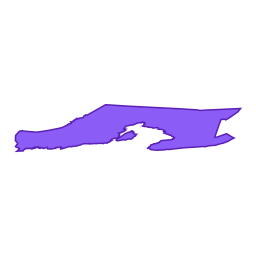 the district of Evenes nor, Nordland, Norway
{"feature_id": "86288312B82996278706743", "entity_name": "Evenes nor", "entity_type": "district", "adm_level": 2, "iso_a3": "NOR", "parent_name": "Norway", "parent_adm1": "Nordland", "projection": "natural_earth1", "projection_center": [16.89, 68.51], "detail": "fine", "context": "isolated", "style": "filled", "palette": "violet", "viewbox_px": 256, "rotation_deg": 0, "n_neighbors": 0, "source": "geoboundaries", "source_scale": "gbopen_adm2", "svg_char_len": 5729}
<svg xmlns="http://www.w3.org/2000/svg" viewBox="0 0 256 256"><path d="M16.8,151.3L17.4,151.3L18.1,151.0L19.8,151.1L20.3,150.9L21.0,151.1L22.1,150.7L22.3,150.8L22.0,150.9L22.1,151.0L23.4,150.8L23.4,150.6L24.0,150.4L23.7,150.4L23.5,150.0L24.3,149.5L24.4,149.2L24.7,149.0L25.8,148.5L25.7,148.5L25.7,148.4L26.6,148.3L26.8,148.4L26.7,148.6L27.7,148.3L28.0,148.4L28.0,148.5L28.5,148.5L28.4,148.3L28.6,148.2L29.3,148.2L30.3,148.3L31.1,148.7L31.5,148.7L31.3,148.9L31.5,149.0L33.7,148.5L33.4,148.4L33.5,148.0L34.1,148.1L34.3,148.0L34.1,148.1L33.7,147.9L34.2,147.8L33.9,147.8L34.1,147.5L34.6,147.2L36.4,147.1L36.2,147.5L36.9,147.6L37.3,147.3L37.3,147.0L37.8,146.8L39.0,147.3L38.7,147.8L38.9,148.2L39.2,148.1L39.6,148.2L39.7,148.3L40.3,148.3L40.6,147.8L40.8,147.5L42.1,147.8L42.2,148.1L43.7,148.5L43.8,148.3L43.6,148.2L45.1,148.0L45.4,147.7L46.8,147.6L47.1,147.4L47.1,148.2L47.7,148.9L49.5,148.8L50.2,149.2L51.1,148.8L52.0,148.7L52.6,148.8L53.1,148.8L55.0,148.1L55.9,148.5L56.3,148.3L55.8,148.4L55.2,148.0L55.6,147.7L56.5,147.4L58.1,147.5L60.7,146.9L61.8,147.3L61.7,147.6L60.8,148.5L60.0,149.2L61.5,148.8L62.9,148.6L65.0,147.8L65.6,147.8L68.7,146.6L68.9,146.7L69.1,146.5L69.8,146.5L71.0,146.8L74.1,146.2L76.8,146.0L79.7,145.0L79.6,144.9L79.9,145.1L80.7,144.9L82.0,144.1L84.5,143.7L86.1,143.7L87.2,143.8L88.9,143.5L89.9,143.7L89.8,143.9L91.1,143.7L92.2,143.9L92.5,143.7L94.2,143.5L96.1,143.7L97.1,143.5L98.9,143.4L102.9,143.4L103.6,143.6L104.0,143.2L104.6,143.0L107.3,143.1L108.2,142.3L109.4,142.0L109.5,141.9L109.3,141.7L109.5,141.6L110.9,141.3L110.7,141.3L110.9,141.2L110.5,141.2L110.6,140.9L110.8,140.7L111.3,140.6L110.8,140.4L111.5,139.9L111.3,139.5L111.7,139.2L114.6,138.4L116.2,138.2L116.3,138.3L118.5,137.1L119.2,136.2L119.4,135.7L119.0,135.7L118.8,135.6L119.7,134.0L119.6,133.8L119.9,133.2L117.7,133.2L118.1,133.0L120.0,132.8L121.9,132.3L122.0,132.1L121.9,131.9L121.6,132.0L121.6,131.8L122.0,131.7L123.1,131.8L124.2,131.3L124.6,130.9L125.7,130.3L125.8,129.8L126.0,129.7L124.8,129.7L125.0,129.4L125.7,129.1L125.3,129.0L124.5,129.2L123.9,129.1L122.9,129.1L123.5,128.9L123.8,128.5L124.7,127.9L125.0,127.2L125.6,126.9L125.6,126.6L125.9,126.2L126.2,126.1L130.5,125.2L133.4,124.9L133.8,124.5L135.0,124.2L137.6,123.0L139.6,122.7L140.5,122.8L140.4,122.7L142.0,122.1L142.6,122.0L144.5,122.5L144.9,122.8L144.6,123.1L144.2,123.1L144.7,123.4L144.5,123.6L144.2,123.7L143.9,124.0L143.4,123.9L143.8,124.1L144.4,124.6L143.1,125.5L143.3,126.0L142.9,126.1L144.5,126.6L146.0,126.4L146.7,126.7L148.6,127.0L148.8,127.1L148.7,127.2L150.1,127.3L150.5,127.5L151.4,127.4L152.3,127.5L153.0,128.1L153.7,128.1L154.4,127.8L155.8,127.8L156.0,127.9L157.3,127.6L157.8,127.7L158.7,128.6L158.1,129.1L159.3,129.4L160.1,129.3L162.0,129.5L163.7,130.0L163.6,130.3L164.1,130.6L163.8,130.8L163.6,131.1L164.5,131.3L163.9,131.5L164.2,131.4L164.3,131.6L164.1,131.7L163.5,131.7L164.1,131.7L163.9,131.8L164.0,131.9L164.4,131.8L164.7,131.5L165.0,131.5L164.1,132.3L164.4,132.9L164.3,133.0L164.8,133.0L164.7,133.2L164.8,133.2L165.4,133.1L165.9,133.3L166.1,133.5L165.9,133.7L166.9,134.2L167.6,134.1L168.9,134.6L169.3,135.2L171.2,135.2L171.6,136.2L173.8,137.0L173.9,137.3L173.6,137.4L173.9,137.8L173.7,137.8L174.0,137.8L173.9,137.9L173.4,137.9L173.9,138.0L173.7,138.4L173.1,138.6L173.4,138.8L173.3,139.1L169.9,140.1L169.0,139.8L167.9,140.1L166.3,140.0L165.2,140.4L163.1,140.3L162.7,140.5L161.1,140.7L160.6,141.0L160.3,141.4L159.8,141.6L159.8,141.9L159.4,142.2L159.4,142.4L159.1,142.7L158.1,142.7L156.8,143.3L155.9,143.4L154.9,143.9L154.0,143.7L152.6,144.5L152.4,144.4L152.2,144.4L152.4,144.5L151.8,144.7L151.3,144.6L151.4,144.4L151.2,144.6L151.7,144.8L151.3,145.2L150.6,145.5L150.3,146.1L148.8,147.0L148.6,147.2L148.7,147.3L148.1,148.0L147.6,148.2L147.7,148.4L148.5,148.2L148.9,148.3L149.0,148.3L148.9,148.4L149.4,148.5L150.3,149.4L150.8,149.6L153.3,149.9L157.9,150.3L159.8,150.0L160.8,150.1L165.5,149.7L167.4,149.3L168.8,149.5L170.6,149.4L170.8,149.3L175.6,148.7L185.8,147.6L190.8,147.4L203.3,146.5L204.2,146.7L205.2,146.7L209.1,145.8L213.1,145.4L215.0,145.4L219.8,143.9L223.4,143.1L228.3,141.2L229.7,140.2L234.1,138.0L231.7,136.8L226.6,133.7L216.7,137.2L214.8,137.1L218.9,125.2L221.1,119.3L221.5,119.5L225.1,119.2L225.2,119.3L225.2,119.5L225.3,119.7L225.8,119.9L229.4,117.8L238.0,111.7L240.6,108.5L203.4,110.2L202.4,110.4L199.9,110.4L197.2,109.9L181.9,108.9L127.3,106.1L105.6,104.7L87.2,115.1L85.4,114.9L85.1,115.2L85.1,115.5L84.3,115.8L83.6,116.4L83.6,116.9L83.1,117.5L82.2,117.8L79.3,118.1L79.0,118.6L78.7,118.7L77.6,118.7L77.5,118.4L76.6,118.4L76.7,118.8L76.9,118.8L76.7,119.2L76.4,119.3L75.9,119.2L75.5,119.6L74.8,119.7L74.7,120.1L74.0,120.3L74.2,120.6L73.9,121.0L73.2,120.9L73.0,121.1L73.2,121.4L72.9,121.6L71.8,121.9L70.7,121.9L70.9,122.2L71.4,122.1L71.3,122.4L70.8,122.3L71.3,122.7L71.4,123.0L71.1,123.1L71.1,123.5L69.0,123.8L68.4,124.3L67.5,124.6L67.6,124.9L61.8,127.7L48.6,130.4L37.3,132.1L35.6,132.1L22.6,131.0L22.4,130.6L19.7,131.1L18.8,131.9L15.7,135.3L15.5,136.5L15.4,140.7L16.9,142.3L17.3,143.2L17.7,143.7L17.5,144.3L16.7,144.8L16.2,145.3L15.5,146.7L19.5,148.5L19.4,148.9L18.6,149.5L17.6,150.7L16.8,151.3ZM132.8,131.0L131.7,130.9L130.2,131.6L130.1,132.0L129.8,132.2L127.8,132.4L127.3,132.8L125.7,133.4L123.7,134.7L123.2,135.2L121.3,136.3L121.0,136.7L119.4,137.5L117.3,138.8L116.1,140.2L116.1,140.4L117.8,140.8L123.6,139.7L124.9,140.1L126.6,139.7L127.2,139.2L128.6,139.0L131.1,139.1L131.5,139.0L131.7,138.7L133.2,137.7L133.7,136.9L134.3,136.4L135.8,136.0L135.7,136.0L135.8,135.8L135.5,135.7L135.4,135.5L135.8,135.0L135.6,134.8L135.7,134.7L135.7,134.4L136.1,134.2L134.3,134.0L133.9,133.6L133.9,133.2L133.1,132.9L133.6,132.5L133.3,132.3L133.6,131.9L133.5,131.7L133.9,131.6L132.1,131.7L132.9,131.2L132.8,131.0Z" fill="#8b5cf6" stroke="#5b21b6" stroke-width="1.5"/></svg>